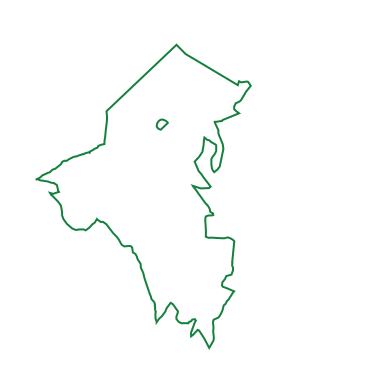 the district of Isangi, Orientale, Democratic Republic of the Congo, rotated 314°
{"feature_id": "63176286B30130216174864", "entity_name": "Isangi", "entity_type": "district", "adm_level": 2, "iso_a3": "COD", "parent_name": "Democratic Republic of the Congo", "parent_adm1": "Orientale", "projection": "mercator", "projection_center": [24.08, 0.36], "detail": "fine", "context": "isolated", "style": "outline", "palette": "green", "viewbox_px": 384, "rotation_deg": 314, "n_neighbors": 0, "source": "geoboundaries", "source_scale": "gbopen_adm2", "svg_char_len": 4499}
<svg xmlns="http://www.w3.org/2000/svg" viewBox="0 0 384 384"><g transform="rotate(314 192 192)"><path d="M190.7,74.4L187.0,78.7L185.0,80.6L183.7,81.6L182.5,82.6L178.6,85.5L174.1,89.0L171.3,91.3L169.6,92.4L168.4,93.3L168.0,93.6L165.6,95.7L164.3,94.8L164.2,94.7L163.3,94.1L162.0,93.5L160.7,92.8L159.5,92.7L158.6,93.1L158.3,93.2L155.5,92.0L154.9,91.7L153.6,91.7L150.9,90.7L150.4,90.5L149.9,90.8L149.1,91.1L149.0,90.6L148.8,90.1L146.2,88.6L145.4,88.1L144.1,87.9L143.1,87.2L143.0,86.8L142.3,86.6L140.2,85.5L138.6,84.7L137.2,84.1L135.8,82.9L134.3,82.2L131.5,81.2L129.2,80.5L127.3,80.2L125.9,78.5L124.7,78.1L123.6,77.7L123.1,77.7L122.9,77.7L122.7,77.9L121.8,78.3L120.8,78.4L115.5,77.7L113.7,77.5L111.1,76.1L108.7,76.0L107.3,76.0L106.8,75.7L105.6,74.9L103.5,74.3L100.1,72.8L99.1,72.8L97.7,72.8L95.3,72.2L93.1,71.3L93.0,71.5L94.4,72.3L94.5,73.2L94.6,73.8L94.7,74.3L99.6,81.3L100.7,84.0L102.7,86.7L102.7,86.8L102.6,87.7L103.2,89.7L101.4,92.8L100.9,93.5L99.9,94.6L99.8,95.1L99.6,96.2L95.1,93.8L94.2,93.4L92.7,90.5L92.2,92.3L92.2,97.1L92.0,102.9L91.4,105.9L91.1,107.2L87.7,112.0L84.9,114.9L83.2,118.4L82.8,120.7L82.2,124.0L82.5,130.9L83.4,133.6L83.9,134.4L84.7,135.6L86.1,136.3L86.8,137.0L89.8,140.0L90.5,142.1L93.1,142.6L95.3,142.9L97.6,142.8L99.5,142.8L102.5,143.3L106.5,142.4L106.4,143.4L106.4,143.7L106.6,144.3L106.7,144.8L107.0,146.1L107.0,146.3L107.0,146.5L106.9,147.0L108.7,148.8L109.3,152.8L107.6,164.1L107.5,168.9L106.9,172.5L105.2,178.0L105.8,181.1L106.9,182.0L109.0,183.8L110.5,185.5L110.5,187.5L107.5,191.4L108.1,194.4L107.9,195.2L107.2,197.3L106.0,199.2L104.6,205.0L104.2,205.4L103.9,205.7L102.7,207.0L102.3,207.5L102.2,207.7L101.7,208.5L100.0,213.0L97.0,217.7L95.4,220.7L89.6,231.9L89.0,233.1L88.7,234.0L88.1,235.3L87.0,236.8L86.7,238.4L86.6,241.0L86.5,241.6L85.8,242.5L85.6,243.4L85.2,243.6L84.6,243.9L84.0,244.7L84.0,244.9L83.5,245.6L83.0,245.8L81.4,247.7L80.7,249.2L79.7,249.7L79.3,250.0L75.6,253.7L74.2,256.6L74.0,256.8L73.8,257.0L77.7,256.4L81.5,256.6L87.4,255.9L90.7,254.5L97.4,253.6L97.9,255.4L97.9,256.8L97.5,259.1L96.9,261.9L96.4,264.8L95.2,265.7L91.7,267.2L89.9,268.9L89.5,271.1L89.4,273.0L89.5,273.2L90.3,275.7L91.6,276.8L95.1,280.6L95.7,280.3L95.9,280.3L96.1,280.2L96.8,280.2L98.2,281.1L100.4,280.8L102.5,282.4L102.2,284.1L100.5,284.5L90.2,289.0L87.6,291.6L89.8,292.0L93.9,291.9L96.8,291.9L97.2,292.8L97.0,294.6L95.1,302.7L91.8,312.7L100.2,310.6L101.0,310.0L102.4,308.9L106.8,303.7L109.3,301.8L112.7,297.8L114.6,296.4L115.2,296.5L116.2,296.6L118.2,297.5L119.6,298.1L121.0,298.2L124.2,297.5L128.1,296.1L132.4,293.6L133.8,293.8L134.0,293.8L135.0,293.8L135.4,293.7L137.9,292.9L138.8,293.0L139.5,293.1L141.4,292.7L145.5,291.9L147.3,291.5L149.8,291.3L147.0,283.9L145.3,280.1L145.6,278.5L148.1,276.6L152.3,276.2L155.4,275.1L160.0,277.8L163.7,276.1L164.8,275.3L165.0,275.1L166.0,274.1L166.7,272.7L166.8,272.3L167.0,271.9L167.3,271.7L167.9,271.2L168.9,270.5L169.0,270.0L169.9,269.3L184.1,258.1L186.0,256.6L186.0,254.5L185.3,251.6L184.4,249.5L182.7,248.3L181.0,247.3L179.8,245.9L179.2,245.3L172.6,237.6L170.6,235.8L169.4,233.1L173.4,229.3L177.8,224.6L178.6,223.7L180.3,221.7L183.0,219.4L184.2,219.0L186.6,220.2L189.0,222.6L190.2,223.3L191.2,222.1L190.7,220.8L190.5,219.4L190.5,219.1L190.6,218.4L191.9,216.9L192.1,216.6L193.2,212.8L193.1,211.8L193.1,211.7L193.4,210.7L193.2,209.7L196.2,193.2L196.6,190.0L197.0,188.4L200.6,195.7L206.6,201.5L208.8,201.7L210.5,190.3L211.1,187.4L211.3,186.6L211.7,182.2L215.7,172.8L222.2,172.7L228.1,171.6L233.5,168.0L236.7,165.3L239.8,163.1L240.1,166.7L240.5,167.4L240.7,167.7L241.3,168.8L241.3,170.0L241.2,170.2L241.2,170.9L242.4,175.6L242.5,176.9L238.2,181.0L235.1,182.0L231.8,182.3L229.1,183.1L225.2,186.9L222.9,189.9L222.0,191.9L221.7,194.2L226.0,194.7L229.5,194.3L244.9,184.6L245.4,183.9L247.8,180.8L251.3,172.8L252.6,170.2L254.8,168.0L257.7,160.4L258.3,159.6L259.6,160.9L264.1,164.3L264.6,164.1L265.0,164.0L281.3,171.2L280.9,168.0L280.9,164.8L282.7,163.0L286.4,161.8L288.0,162.6L290.5,163.4L292.4,163.4L299.9,161.7L300.9,161.3L309.2,160.5L309.7,158.3L310.2,155.6L309.3,154.5L305.0,151.2L304.3,148.9L300.7,150.7L297.0,134.9L296.3,132.0L292.8,116.9L286.8,91.6L287.1,78.8L287.1,78.6L286.0,78.6L282.3,78.4L249.9,77.0L225.1,75.9L218.1,75.6L208.8,75.2L190.7,74.4ZM215.1,126.2L214.6,125.2L214.1,123.4L214.5,121.5L215.3,120.5L216.9,119.4L218.4,119.0L219.7,118.8L221.7,119.1L222.7,119.6L223.6,120.5L224.1,121.3L224.7,122.7L225.1,124.4L225.1,125.8L224.9,126.6L224.0,126.6L216.3,126.3L215.2,126.3L215.1,126.2Z" fill="none" stroke="#15803d" stroke-width="2"/></g></svg>